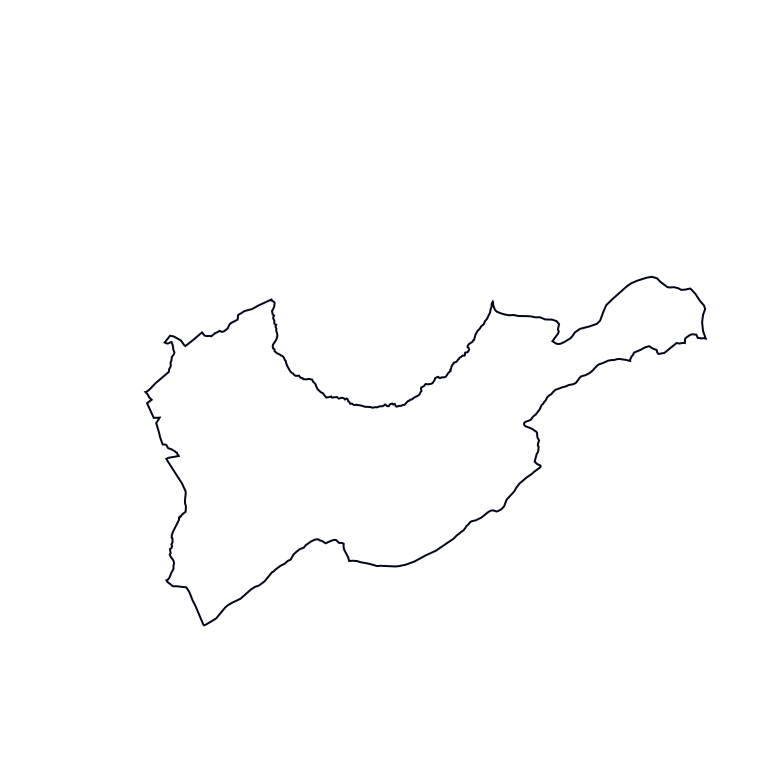 outline of Chipaque, Cundinamarca, Colombia, rotated 229°
{"feature_id": "7082276B56609677726929", "entity_name": "Chipaque", "entity_type": "district", "adm_level": 2, "iso_a3": "COL", "parent_name": "Colombia", "parent_adm1": "Cundinamarca", "projection": "natural_earth1", "projection_center": [-74.063, 4.408], "detail": "fine", "context": "isolated", "style": "outline", "palette": "ink", "viewbox_px": 768, "rotation_deg": 229, "n_neighbors": 0, "source": "geoboundaries", "source_scale": "gbopen_adm2", "svg_char_len": 6154}
<svg xmlns="http://www.w3.org/2000/svg" viewBox="0 0 768 768"><g transform="rotate(229 384 384)"><path d="M378.6,91.0L376.9,90.7L369.9,92.0L367.0,95.2L360.2,101.4L354.4,100.5L346.3,97.6L339.9,96.0L321.5,90.0L319.9,89.9L319.3,91.5L317.2,103.5L319.5,117.7L319.5,120.9L318.4,126.6L316.1,134.8L316.2,148.9L315.6,153.4L314.0,157.2L313.5,163.1L313.5,165.0L315.4,176.1L314.9,177.8L315.2,179.8L314.7,186.6L313.5,191.3L313.6,195.4L312.7,198.2L314.7,203.9L314.8,207.7L314.6,211.9L313.1,216.3L313.7,219.1L313.0,225.8L311.8,229.9L310.1,232.4L307.9,233.0L306.4,234.2L302.1,235.4L300.1,242.0L298.7,244.6L297.2,245.6L293.8,245.7L291.7,247.9L290.0,248.8L287.5,246.6L285.0,245.2L276.9,243.3L273.3,241.6L271.0,244.6L267.8,247.7L265.3,249.1L258.1,254.8L250.9,259.5L249.3,261.9L238.9,272.8L236.7,275.9L233.3,282.0L230.1,290.4L227.4,302.6L224.1,314.0L221.6,335.2L222.0,339.9L221.6,343.3L221.9,344.6L221.4,347.7L221.9,350.6L222.7,353.0L222.6,355.5L223.1,357.5L223.1,359.7L220.9,363.9L219.3,369.9L219.0,378.4L218.3,381.6L216.9,383.6L214.0,385.2L213.3,386.7L212.5,390.4L212.9,394.5L216.0,400.1L216.4,401.5L217.5,411.8L219.0,416.1L220.0,421.1L219.9,430.4L219.2,435.8L219.2,440.3L218.6,447.0L219.1,448.2L219.8,448.6L223.0,447.1L226.5,446.7L231.0,453.3L231.6,455.4L232.6,456.9L235.3,459.6L236.7,459.8L237.7,460.7L239.7,464.0L243.0,464.7L246.9,467.5L248.0,467.6L253.2,466.3L259.7,462.9L261.3,463.0L262.3,463.8L262.7,464.4L262.6,465.9L260.7,471.1L261.6,475.2L261.4,478.6L262.8,485.1L264.8,489.4L264.6,491.2L265.3,492.7L265.6,495.4L266.8,498.1L267.0,500.6L266.6,503.6L267.1,506.7L267.1,509.5L264.7,516.0L262.7,520.1L262.1,522.6L259.8,526.6L259.1,528.6L259.0,530.1L260.3,535.6L260.4,537.8L258.3,542.3L257.3,546.9L257.3,550.2L258.0,556.4L257.8,559.2L256.2,562.9L254.6,568.4L252.7,571.6L251.3,573.1L250.0,575.9L248.6,578.0L243.6,582.3L239.9,584.9L240.8,585.5L242.1,588.4L242.9,591.9L243.5,592.7L243.5,593.8L241.5,599.8L240.3,605.3L238.5,609.0L234.9,609.9L230.7,612.1L228.5,610.9L226.6,610.8L223.5,616.0L223.0,631.7L220.8,633.4L218.6,637.0L217.5,637.9L220.2,640.5L220.8,641.7L220.3,646.8L219.7,648.5L218.9,649.7L216.3,652.1L212.9,651.0L211.2,652.8L210.3,653.2L208.8,655.4L207.2,656.6L214.6,659.5L221.8,664.5L226.9,670.2L229.9,675.6L233.3,677.0L239.8,677.0L247.5,678.1L252.8,678.0L255.2,677.7L258.0,672.6L260.2,670.0L263.3,668.9L266.9,666.3L269.3,663.1L271.1,661.5L279.7,659.6L284.6,659.4L289.1,656.6L291.9,652.0L295.7,643.2L297.8,636.7L298.4,631.5L298.2,612.3L297.7,603.4L294.6,596.9L290.1,588.8L289.7,584.3L292.6,576.9L297.0,568.2L297.7,562.0L296.5,557.3L296.2,554.7L297.4,547.5L298.6,543.6L299.6,542.0L301.4,540.5L305.8,539.2L307.9,548.4L308.8,550.2L311.1,551.1L314.3,555.4L318.2,555.5L322.3,553.1L327.0,548.0L332.2,545.4L334.5,542.5L339.8,538.2L347.2,530.0L350.9,527.2L353.9,523.4L357.7,520.4L361.1,518.3L364.6,516.6L367.3,516.4L372.0,518.2L374.3,520.1L374.8,520.2L374.0,518.0L371.6,515.7L370.4,513.4L368.4,511.0L365.5,504.2L365.2,501.5L363.6,498.3L363.8,495.4L362.9,492.5L362.7,489.4L361.2,485.4L358.2,480.9L358.4,479.5L357.8,478.5L358.4,474.4L358.0,472.4L357.1,471.2L355.4,471.5L354.4,471.2L353.5,469.8L353.6,469.1L353.1,467.9L354.4,466.0L354.1,465.3L352.8,464.2L352.7,463.3L353.9,461.8L353.8,460.0L354.3,458.1L353.7,456.8L353.8,455.6L353.2,453.4L354.3,450.4L353.6,449.6L353.7,448.4L352.8,446.2L351.5,444.7L351.4,443.5L350.2,443.0L350.1,439.6L348.9,435.4L349.8,433.4L351.1,432.1L351.6,430.4L352.5,429.7L353.9,429.6L354.6,427.7L354.8,426.3L353.7,424.6L352.8,421.1L353.3,419.5L354.7,417.2L356.6,415.5L356.7,414.8L356.2,412.8L356.9,409.9L356.3,408.9L354.2,407.8L353.9,406.2L352.8,404.1L352.8,402.5L354.0,397.5L354.1,394.9L354.9,393.4L354.9,391.6L355.4,390.7L354.8,385.8L356.0,384.2L356.2,382.6L357.5,381.2L358.5,378.8L359.7,378.4L361.9,379.0L362.6,377.4L363.9,377.3L364.8,375.0L364.1,373.1L365.4,371.7L367.1,371.8L367.8,371.3L368.0,368.8L368.4,368.0L369.8,366.4L371.1,363.2L372.2,362.2L373.7,359.7L375.5,358.7L379.3,354.7L382.2,353.0L385.2,350.6L385.6,349.9L386.5,349.5L387.8,347.5L390.3,346.9L391.2,345.5L393.1,346.0L394.3,345.7L396.5,346.6L397.6,346.2L397.9,344.4L399.1,344.5L400.5,343.8L401.5,342.9L402.6,340.3L405.1,339.9L407.9,335.8L409.3,335.9L410.0,334.2L411.7,331.5L417.3,331.8L419.3,330.9L423.8,330.5L425.1,331.0L426.8,331.2L428.6,332.2L432.5,332.0L434.3,332.7L437.4,330.5L437.9,329.1L440.5,326.3L442.1,326.3L443.4,325.1L446.0,325.3L448.2,322.6L450.3,322.1L451.5,322.3L452.4,321.8L454.8,321.5L460.7,322.7L463.4,323.6L465.7,324.9L467.4,325.0L470.0,325.8L471.7,325.7L473.6,324.8L475.0,324.6L477.1,323.5L479.8,323.0L480.8,323.0L481.9,324.1L483.2,323.7L484.2,323.9L485.7,324.9L486.6,326.4L488.0,331.5L490.2,335.1L492.7,336.7L495.1,337.7L496.4,339.1L498.3,339.6L499.5,341.5L500.3,340.9L501.3,340.8L503.9,342.8L506.6,343.6L507.8,345.9L509.5,345.6L512.5,347.3L514.2,351.6L516.8,354.5L517.8,354.9L520.1,354.2L520.9,354.4L521.0,353.9L521.7,354.2L525.6,340.9L527.1,333.6L530.7,326.3L531.0,322.9L531.7,320.2L531.5,318.7L529.2,316.6L528.7,315.4L530.5,308.1L530.1,306.0L528.4,302.3L528.8,297.5L529.9,295.6L531.5,295.1L532.1,294.6L532.2,292.8L533.1,290.1L533.4,284.9L534.8,283.8L536.6,281.5L538.4,280.3L542.3,280.5L542.5,266.8L543.0,259.0L544.7,258.7L550.1,259.3L557.8,256.5L560.8,254.3L559.2,245.7L557.2,246.6L556.4,247.4L555.8,248.8L555.6,250.5L555.0,251.2L551.7,249.9L548.2,247.6L545.3,246.5L544.4,245.2L543.5,241.4L541.2,239.1L540.4,237.2L537.4,234.8L536.1,231.6L534.3,229.5L534.5,212.2L533.7,203.4L533.9,199.7L534.4,198.7L531.3,198.8L527.8,198.0L524.5,198.3L525.0,192.6L509.5,188.0L505.8,192.6L503.9,186.4L494.8,182.3L490.8,180.1L483.6,177.3L482.2,178.9L480.7,179.7L477.4,179.0L476.6,179.2L475.2,180.3L470.6,182.0L469.2,182.0L468.2,182.7L466.5,182.0L464.9,182.1L464.3,181.9L469.7,172.9L470.3,170.5L441.5,166.3L433.3,163.9L431.5,162.6L426.7,157.4L424.8,155.8L421.4,154.1L417.7,150.4L418.0,145.9L417.2,143.1L417.3,142.6L417.8,142.6L417.6,141.6L416.0,140.2L410.8,127.5L408.7,124.1L407.0,122.9L406.8,123.2L405.5,122.6L403.2,120.4L402.3,118.2L400.5,117.6L399.7,116.0L399.8,114.1L396.2,111.9L396.0,110.5L394.2,109.8L389.3,109.3L387.5,108.6L386.4,107.9L384.8,105.7L382.9,104.2L382.2,103.1L381.3,100.2L378.7,95.2L378.1,92.3L378.6,91.0Z" fill="none" stroke="#020617" stroke-width="2"/></g></svg>